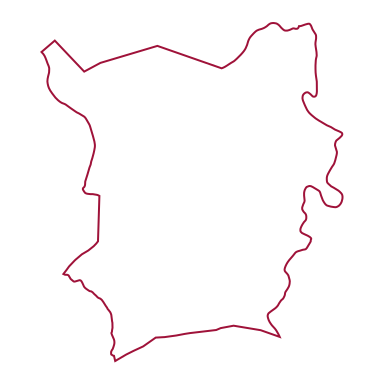 the district of San Antonio del Norte, La Paz, Honduras
{"feature_id": "27666195B2585232862225", "entity_name": "San Antonio del Norte", "entity_type": "district", "adm_level": 2, "iso_a3": "HND", "parent_name": "Honduras", "parent_adm1": "La Paz", "projection": "natural_earth1", "projection_center": [-87.706, 13.889], "detail": "fine", "context": "isolated", "style": "outline", "palette": "rose", "viewbox_px": 384, "rotation_deg": 0, "n_neighbors": 0, "source": "geoboundaries", "source_scale": "gbopen_adm2", "svg_char_len": 5861}
<svg xmlns="http://www.w3.org/2000/svg" viewBox="0 0 384 384"><path d="M299.0,26.1L298.7,27.1L298.3,27.8L297.9,28.3L297.3,28.7L296.5,28.8L295.5,28.8L293.9,28.4L293.1,28.4L292.3,28.7L290.2,29.7L288.8,30.2L287.2,30.6L285.6,30.6L284.9,30.5L284.3,30.3L283.0,29.4L281.3,27.8L280.1,26.4L279.4,25.6L278.3,24.6L276.9,23.7L276.1,23.4L274.4,23.1L273.3,23.0L272.0,23.1L270.9,23.3L269.8,23.8L268.5,24.7L267.2,25.9L266.4,26.5L265.0,27.4L263.7,28.1L261.7,28.9L259.1,29.6L257.0,30.5L255.7,31.4L253.9,33.1L251.3,35.9L250.0,37.5L249.1,39.1L248.4,40.6L248.0,41.8L247.1,44.9L246.5,46.3L245.6,48.4L244.7,49.9L243.8,51.2L242.5,52.8L240.8,54.7L236.8,58.7L234.7,60.6L233.8,61.3L230.9,63.0L225.5,66.5L223.4,67.6L221.6,68.3L157.4,45.9L100.4,62.9L84.2,71.6L54.8,40.6L41.5,52.0L42.4,53.0L43.4,54.1L43.9,54.9L44.5,55.8L45.4,57.7L46.3,60.0L47.6,63.6L48.7,66.2L49.0,67.3L49.2,68.1L49.2,69.5L49.1,72.2L48.9,73.3L48.1,76.4L47.6,78.9L47.5,80.2L47.4,81.5L47.7,83.8L48.2,86.0L48.9,88.0L50.2,90.5L52.1,93.3L55.4,97.6L57.9,100.1L59.6,101.5L60.8,102.3L61.6,102.8L62.5,103.2L64.4,103.9L65.6,104.5L70.7,108.2L75.6,111.6L77.0,112.5L78.9,113.4L84.0,116.5L84.8,117.2L85.7,118.3L86.6,119.8L89.1,124.1L89.7,125.3L90.2,126.8L93.0,136.2L94.4,141.5L94.8,144.1L94.9,145.0L94.9,146.3L94.8,147.4L94.3,150.2L93.6,153.4L92.3,158.2L91.2,161.6L90.8,163.8L90.6,164.7L89.5,167.5L87.4,174.7L85.3,181.3L85.2,182.0L85.1,184.3L84.9,185.6L84.6,186.3L84.3,186.9L83.1,188.1L82.9,188.6L82.9,189.1L82.9,189.5L83.2,190.0L84.0,191.4L85.0,192.7L85.4,193.1L85.9,193.3L87.0,193.7L88.4,193.9L90.2,194.1L92.6,194.1L97.2,194.9L98.0,195.2L99.4,195.9L98.0,241.3L96.3,243.5L93.7,246.2L88.3,250.5L81.9,254.3L75.9,259.4L74.7,260.5L69.1,266.4L66.2,270.4L63.4,274.0L64.0,274.3L64.9,274.7L65.9,274.8L67.2,274.8L67.8,275.0L68.4,275.3L68.7,275.6L70.7,279.0L73.2,281.1L73.8,281.5L74.4,281.6L75.1,281.5L79.5,280.2L80.2,280.3L80.5,280.4L80.8,280.6L81.4,281.2L82.1,282.4L82.5,283.2L83.5,285.4L84.0,286.6L84.5,287.2L85.1,287.9L86.3,288.9L88.5,290.4L89.6,291.1L90.2,291.2L91.2,291.4L91.9,291.8L92.7,292.4L94.3,294.1L95.9,295.5L97.7,297.4L98.7,298.0L100.4,298.7L101.8,299.9L103.4,302.1L105.9,306.1L107.0,307.6L107.6,308.9L108.7,310.2L110.3,312.3L110.9,313.7L111.3,314.9L112.1,321.3L112.4,322.8L112.5,327.8L112.1,330.0L111.9,331.9L111.7,332.3L111.5,332.7L111.4,333.1L111.9,334.7L113.9,339.3L114.3,340.8L114.4,342.1L114.4,343.1L114.2,344.4L113.5,346.8L112.7,349.0L111.8,350.3L111.2,351.6L111.1,352.5L111.1,353.6L111.2,354.2L111.3,354.5L113.6,355.9L114.0,355.9L114.1,356.3L114.6,358.5L115.2,361.0L126.3,354.5L133.5,350.9L143.2,346.4L155.7,337.6L164.6,337.1L176.3,335.5L184.8,333.9L189.9,333.1L216.2,330.0L220.7,328.1L233.6,325.7L260.7,330.2L279.7,336.9L278.9,335.1L278.0,333.4L276.1,330.2L274.9,328.6L271.9,325.3L270.6,323.5L269.7,322.1L268.7,320.1L268.1,318.3L267.7,316.7L267.7,315.9L267.7,315.3L267.9,314.6L268.2,313.9L268.4,313.5L268.9,313.0L270.9,311.4L274.8,308.6L275.8,307.8L276.9,306.7L277.9,305.5L279.3,303.0L280.8,300.8L281.4,300.1L282.6,299.1L283.2,298.5L283.9,297.2L284.6,295.7L284.9,294.6L285.1,293.0L285.4,292.1L285.9,291.3L287.4,289.1L288.6,287.0L289.1,285.8L289.4,284.7L289.6,283.6L289.7,282.4L289.8,281.3L289.6,279.9L288.7,276.6L288.4,275.6L288.2,275.2L287.3,273.9L285.3,271.7L284.8,270.9L284.6,270.0L284.6,269.2L285.0,267.6L285.8,265.6L286.6,264.0L287.6,262.3L289.2,260.1L293.0,255.7L294.8,253.4L295.3,252.8L295.8,252.3L296.8,251.7L298.1,251.2L300.2,250.6L302.7,249.8L305.0,249.4L305.6,249.2L306.1,248.8L306.8,248.0L307.6,246.7L310.3,242.2L310.7,241.4L310.8,239.9L311.0,239.4L311.2,239.0L311.2,238.7L311.1,238.3L310.6,237.7L309.7,236.9L307.7,235.7L304.4,234.2L302.0,233.0L301.4,232.4L300.8,231.8L300.5,231.2L300.4,230.5L300.4,229.6L300.5,228.7L301.0,227.3L301.6,226.0L302.4,224.5L303.9,222.2L305.2,220.8L305.8,220.0L306.1,219.2L306.3,218.2L306.3,217.3L306.3,216.3L306.1,215.1L305.8,214.4L305.3,213.5L303.9,212.1L303.0,210.8L302.4,209.7L302.2,209.1L302.2,208.5L302.2,207.5L302.5,206.5L303.3,204.2L304.3,202.1L304.5,201.3L304.6,200.7L304.5,199.5L304.1,195.6L304.1,193.1L304.2,192.2L304.4,191.3L304.6,190.5L304.9,189.7L305.8,188.0L306.3,187.4L306.6,187.0L308.3,186.3L309.0,186.1L309.8,186.0L311.0,186.2L312.7,187.0L318.5,190.5L319.4,191.2L319.9,192.0L320.2,192.7L321.1,195.7L322.8,200.2L323.7,201.8L324.9,203.6L325.8,204.6L326.4,205.1L327.0,205.5L327.9,205.8L330.8,206.6L334.0,207.1L335.5,207.2L336.2,207.1L337.1,206.8L338.0,206.3L338.7,205.9L339.5,205.1L340.2,204.3L340.7,203.6L341.3,202.5L341.7,201.6L342.0,200.4L342.4,198.9L342.5,197.7L342.5,196.4L342.3,195.2L341.9,194.2L341.1,193.1L339.5,191.5L338.4,190.6L333.7,187.7L331.1,186.3L330.5,185.7L328.7,184.1L327.6,183.0L327.1,182.1L326.9,181.0L326.8,179.4L326.8,177.8L327.0,176.6L327.3,175.5L328.0,173.9L328.8,172.4L330.2,169.9L332.0,166.9L333.4,164.9L334.0,163.9L334.4,162.9L335.3,160.1L336.6,154.9L336.9,153.1L336.9,152.4L336.9,151.8L335.4,146.8L335.0,145.5L335.1,143.8L335.5,142.3L335.9,141.3L336.4,140.5L339.6,137.9L341.5,136.0L341.9,135.4L342.2,134.8L342.3,134.2L342.2,133.6L342.0,133.1L341.8,132.9L341.0,132.3L339.0,131.3L335.0,129.6L331.0,127.1L326.9,125.3L318.8,120.5L315.9,118.6L314.6,117.6L311.7,115.2L310.4,114.0L309.1,112.7L308.2,111.5L307.1,109.9L305.6,106.8L304.6,104.6L303.5,101.9L302.9,100.4L302.5,98.6L302.5,97.7L302.6,96.7L302.8,95.6L303.3,94.6L304.1,93.7L305.0,93.0L305.7,92.6L306.4,92.4L307.5,92.3L308.2,92.5L309.0,93.0L310.5,94.2L312.6,96.3L313.2,96.6L313.9,96.7L314.4,96.7L315.0,96.5L315.4,96.3L315.8,95.9L316.1,95.5L316.3,95.0L316.7,93.4L316.9,91.5L316.8,81.7L316.7,80.9L316.3,78.2L315.9,75.4L315.6,72.4L315.5,69.1L315.5,65.3L315.8,60.1L316.1,58.4L316.6,56.3L316.7,55.2L316.6,53.9L316.5,52.1L315.7,46.9L315.4,44.2L315.5,42.3L316.1,38.5L316.1,36.5L316.0,35.3L315.6,34.3L314.4,32.4L312.5,29.4L312.2,28.6L311.5,26.8L311.0,25.6L310.2,24.5L309.6,23.9L309.0,23.7L307.9,23.8L305.3,24.5L301.3,25.9L300.3,26.1L299.0,26.1Z" fill="none" stroke="#9f1239" stroke-width="2"/></svg>